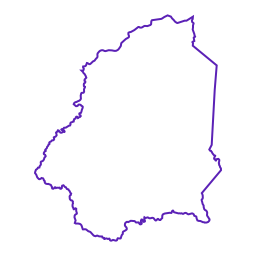 Palocabildo, Tolima, Colombia
{"feature_id": "7082276B76880403363751", "entity_name": "Palocabildo", "entity_type": "district", "adm_level": 2, "iso_a3": "COL", "parent_name": "Colombia", "parent_adm1": "Tolima", "projection": "albers", "projection_center": [-75.008, 5.096], "detail": "fine", "context": "isolated", "style": "outline", "palette": "violet", "viewbox_px": 256, "rotation_deg": 0, "n_neighbors": 0, "source": "geoboundaries", "source_scale": "gbopen_adm2", "svg_char_len": 5735}
<svg xmlns="http://www.w3.org/2000/svg" viewBox="0 0 256 256"><path d="M77.9,223.5L79.9,223.9L80.9,224.6L81.5,225.4L82.8,229.3L83.8,229.4L84.9,229.2L86.2,229.5L88.4,231.3L89.6,231.6L90.5,232.1L93.5,235.4L94.3,235.9L95.6,236.2L97.0,235.6L97.7,235.7L98.3,236.1L99.4,236.4L102.1,236.5L102.5,237.6L104.0,237.9L104.1,238.7L104.3,239.0L104.7,239.0L106.0,238.4L106.7,238.5L108.0,239.0L109.2,238.6L109.6,238.9L110.1,240.3L110.7,240.6L111.5,240.6L113.0,239.9L115.6,240.6L116.5,240.5L117.0,240.1L117.5,238.6L117.7,238.3L120.3,238.5L120.7,238.3L121.7,235.2L122.8,233.9L122.8,232.4L123.1,231.7L125.6,230.3L126.5,229.6L126.8,229.0L126.7,228.1L126.3,227.3L125.3,226.2L124.9,225.3L124.9,224.5L125.1,223.4L125.6,222.7L126.7,221.9L127.1,221.8L128.2,222.1L130.8,220.8L134.6,221.1L136.1,222.5L138.5,222.4L139.8,224.2L140.2,224.3L140.8,224.3L141.4,224.0L141.7,223.6L141.6,223.0L140.8,222.1L141.0,220.4L141.5,219.5L141.9,219.5L142.4,219.8L143.0,221.3L143.4,221.8L143.9,221.9L144.9,221.4L144.9,220.7L144.3,219.0L144.3,217.6L144.4,217.3L145.4,218.0L147.8,217.4L149.0,218.1L149.6,218.3L150.8,218.2L152.1,217.8L152.9,217.9L153.5,218.1L155.2,220.2L155.8,220.5L156.5,220.2L157.4,219.1L157.9,218.9L158.3,219.0L159.4,220.0L160.4,220.0L161.3,218.9L162.2,218.1L162.3,215.7L162.8,214.5L163.8,213.9L164.9,213.5L169.4,212.8L171.4,212.9L172.1,211.1L172.8,210.6L173.2,210.7L173.6,211.8L174.3,212.3L178.5,213.4L179.7,213.3L180.5,213.5L181.6,213.3L183.0,213.9L184.8,213.0L185.7,212.9L186.3,213.1L188.0,214.2L188.6,214.3L191.9,213.4L192.6,213.5L193.7,214.3L194.3,215.8L195.8,216.3L196.3,216.6L196.6,218.4L197.4,220.4L198.7,220.9L200.4,221.0L203.0,222.2L204.0,222.2L204.7,222.6L206.7,222.5L208.2,221.9L209.2,220.8L209.5,220.0L209.5,219.2L208.8,218.4L208.5,217.5L207.6,216.5L207.0,215.1L207.2,212.8L207.0,211.9L206.3,210.7L204.9,209.9L204.3,209.2L203.7,207.2L203.6,205.5L202.6,203.9L202.2,202.0L201.7,200.5L201.7,199.6L202.6,198.7L202.8,197.5L202.7,195.4L202.1,193.6L201.8,193.1L221.0,170.2L220.9,168.4L220.1,167.2L219.8,166.0L219.1,164.8L219.1,163.7L218.8,163.0L219.3,160.7L219.2,159.7L218.4,158.9L217.3,159.0L216.7,159.2L216.0,160.5L215.7,160.5L215.4,160.3L215.3,159.3L214.3,159.0L214.1,158.6L214.4,157.2L215.2,156.0L215.2,155.7L213.9,155.1L212.5,153.4L211.7,151.8L211.2,151.4L211.0,150.9L210.0,150.6L209.3,149.5L211.7,144.9L214.7,90.1L216.7,65.4L192.8,45.7L193.0,43.2L192.4,42.1L192.8,41.7L194.3,41.0L193.7,37.7L193.9,37.4L194.8,37.0L195.1,36.5L194.6,35.7L194.3,34.0L192.7,29.5L193.0,27.5L193.0,25.4L193.6,23.5L193.5,23.1L192.2,22.0L191.9,20.7L192.0,20.2L192.7,19.0L192.9,16.7L186.5,20.7L184.6,20.7L177.5,23.0L176.7,22.8L175.0,21.6L173.9,20.2L172.0,18.3L170.9,16.6L167.6,15.4L164.3,17.0L162.1,18.5L161.2,18.9L152.0,20.2L151.3,21.2L151.1,24.2L150.4,25.0L147.4,26.1L144.8,25.9L144.1,26.1L142.2,27.3L141.3,27.6L140.1,27.6L139.0,27.0L138.3,27.0L134.3,30.1L130.8,32.0L129.5,32.2L128.5,32.7L128.3,34.0L129.0,36.0L128.9,37.0L128.3,37.6L125.8,39.0L121.4,43.0L121.2,43.5L120.9,45.5L120.7,46.2L118.9,48.8L118.1,49.7L117.3,50.2L116.4,50.7L115.5,50.9L114.5,50.9L112.0,50.4L108.7,50.2L105.6,51.1L104.6,51.0L103.1,50.3L102.3,50.2L101.3,50.3L100.1,50.8L99.2,51.5L97.7,53.3L97.4,54.2L97.5,56.4L97.3,57.3L97.1,57.6L96.0,58.7L94.5,60.7L93.0,61.4L90.5,63.8L90.0,64.1L89.1,64.1L87.5,63.1L86.9,63.0L86.0,65.4L85.6,65.9L85.0,66.2L83.1,66.5L83.1,67.5L83.8,68.7L83.6,69.8L83.3,70.3L82.6,70.6L81.6,70.6L83.0,72.0L83.7,73.3L84.6,74.0L85.7,76.0L86.3,77.7L84.7,79.4L84.5,80.2L84.5,80.8L85.3,81.4L85.3,82.3L85.0,82.8L84.0,83.5L83.8,84.5L83.9,86.0L84.1,86.4L85.0,86.8L85.0,87.1L84.0,89.2L84.1,91.8L83.5,92.7L81.6,92.9L81.2,93.4L80.7,95.6L80.9,98.7L80.6,99.4L79.9,100.2L78.8,100.9L77.4,101.4L76.7,101.9L75.3,102.2L74.8,102.6L74.1,103.2L73.7,104.2L75.9,106.1L77.0,106.1L77.8,105.7L78.4,104.8L78.7,104.6L79.7,104.6L80.7,104.9L81.4,105.8L82.3,106.2L82.7,106.6L82.7,107.7L81.8,110.0L81.5,111.4L81.0,112.8L79.5,113.3L79.3,113.7L79.5,114.8L80.6,115.4L80.7,116.2L79.9,117.0L78.5,117.4L78.2,118.0L77.9,118.1L77.2,116.8L76.4,116.7L75.8,117.3L75.7,118.1L75.4,118.6L74.1,119.2L74.0,120.1L73.6,120.5L73.7,121.5L70.7,122.6L70.3,123.5L70.5,124.6L70.0,125.5L68.9,125.7L65.9,127.6L64.0,127.8L63.2,129.1L62.7,129.2L62.1,129.0L61.7,129.3L61.4,129.5L61.6,129.9L63.9,130.6L64.2,130.6L64.6,131.7L64.3,132.0L63.0,131.8L61.7,132.7L60.9,132.7L60.4,132.6L58.7,130.5L57.9,130.3L57.7,130.6L58.0,131.5L56.8,131.9L56.1,132.5L56.0,132.8L56.5,134.1L56.6,135.4L55.5,136.7L54.3,137.0L53.8,137.4L54.2,139.0L53.6,140.1L53.1,140.3L52.1,140.3L51.1,141.4L50.0,141.9L49.3,142.5L49.5,143.9L49.3,144.2L48.5,144.5L48.2,145.7L47.1,146.9L46.8,148.2L45.3,149.7L45.2,150.4L45.7,150.7L45.7,151.0L44.7,151.5L43.9,152.8L43.8,153.7L44.0,154.2L45.1,154.8L45.7,156.1L45.2,156.9L44.5,157.5L43.9,159.5L43.3,160.4L42.7,161.0L41.1,161.6L40.7,162.2L40.9,164.0L40.8,164.7L39.6,166.4L39.4,167.5L37.9,167.7L37.4,168.7L35.9,169.8L35.2,171.9L35.0,173.0L36.2,174.6L37.3,177.4L38.8,179.0L39.3,179.2L40.7,178.8L41.5,178.0L43.1,178.4L43.8,179.7L43.9,180.4L44.8,181.2L44.7,182.1L45.0,182.9L45.5,183.4L46.2,183.8L47.6,184.0L48.3,183.9L50.8,184.9L51.3,185.9L51.8,186.6L52.0,187.2L51.9,187.8L52.4,188.6L53.4,188.7L54.1,188.2L54.6,187.4L55.2,187.3L55.9,188.1L56.9,187.7L58.7,187.8L59.4,187.6L59.7,187.7L60.2,188.7L60.9,188.8L61.8,188.1L62.0,186.0L62.3,185.6L63.5,185.3L64.6,186.6L65.0,187.0L65.9,187.3L66.8,188.9L68.4,189.4L68.6,190.0L69.7,191.2L70.3,192.7L71.1,193.5L70.8,194.0L70.9,194.8L70.0,195.5L69.6,196.4L69.8,198.8L70.0,199.3L70.9,200.3L72.0,200.5L72.9,201.5L72.8,202.7L73.0,203.4L72.7,204.0L72.5,205.0L72.6,206.7L73.2,207.7L73.3,208.2L73.7,209.2L73.9,209.3L75.0,208.5L75.5,208.3L76.2,208.7L76.2,211.0L76.9,213.2L76.6,213.9L75.6,214.4L75.0,215.0L74.6,215.8L74.5,217.4L75.6,220.4L74.8,223.0L75.7,223.5L77.9,223.5Z" fill="none" stroke="#5b21b6" stroke-width="2"/></svg>